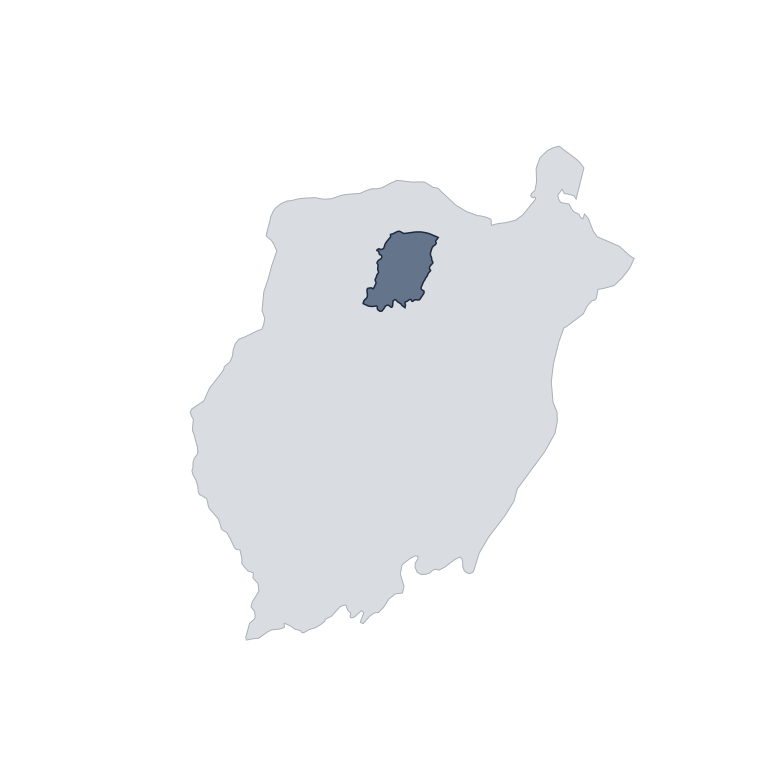 Bacau highlighted on a map of Romania, rotated 296°
{"feature_id": "ROU-312", "entity_name": "Bacau", "entity_type": "County", "adm_level": 1, "iso_a3": "ROU", "parent_name": "Romania", "parent_adm1": "", "projection": "robinson", "projection_center": [26.661, 46.412], "detail": "fine", "context": "in_parent", "style": "filled", "palette": "slate", "viewbox_px": 768, "rotation_deg": 296, "n_neighbors": 0, "source": "natural_earth", "source_scale": "10m", "svg_char_len": 5822}
<svg xmlns="http://www.w3.org/2000/svg" viewBox="0 0 768 768"><g transform="rotate(296 384 384)"><path d="M582.3,422.6L588.9,430.5L597.1,434.7L616.3,439.1L617.9,438.6L618.1,437.7L616.8,436.6L616.6,435.1L617.5,433.3L620.1,433.2L624.4,434.8L632.6,432.5L644.6,426.2L655.7,425.0L665.8,428.7L671.1,433.0L674.5,437.1L673.5,442.2L672.9,445.4L670.4,458.5L668.7,463.4L665.8,469.0L634.4,475.6L636.4,472.4L635.6,466.8L634.2,462.6L637.1,458.8L630.0,457.4L627.0,459.5L624.6,463.2L626.8,471.5L623.4,476.2L622.1,478.8L622.0,484.9L620.0,487.5L619.6,490.4L624.6,489.7L622.4,495.0L613.1,505.1L609.8,511.2L610.9,535.2L606.8,549.6L606.5,553.8L596.4,554.0L593.4,553.6L583.9,551.5L573.2,547.6L566.8,540.2L562.8,534.9L553.8,537.3L552.0,536.7L549.5,534.1L542.7,532.4L534.3,532.4L515.4,522.7L513.3,521.1L498.5,522.7L476.2,527.5L459.3,533.4L441.7,543.9L434.5,551.9L426.3,556.2L414.5,559.3L393.5,558.1L371.7,554.1L348.3,549.8L335.6,552.2L318.5,550.4L292.7,545.2L273.5,543.7L254.4,546.7L251.3,544.4L250.6,541.7L251.4,538.0L254.2,534.9L258.8,532.6L261.3,530.3L261.6,527.9L256.5,524.1L246.0,518.9L241.7,515.6L240.7,514.8L240.4,511.9L238.3,509.6L234.2,507.9L231.1,504.8L229.0,500.4L229.5,496.2L232.8,492.3L236.9,490.6L241.9,491.1L244.0,490.0L243.2,487.3L238.4,483.8L229.5,479.5L220.4,481.9L211.0,490.7L204.3,492.2L200.3,486.2L193.1,482.6L182.7,481.5L176.3,479.2L174.0,475.7L169.5,473.1L159.5,470.3L159.4,467.5L161.0,466.9L164.6,466.6L169.4,466.1L170.2,464.5L170.3,463.1L166.6,461.4L162.8,460.2L160.8,458.9L159.6,457.6L159.4,456.2L160.5,455.3L162.0,455.2L163.6,454.4L164.5,451.2L166.6,448.5L168.1,447.6L168.1,445.6L166.6,443.8L164.6,442.2L161.5,441.3L152.0,438.5L147.3,434.7L144.4,434.6L139.7,432.4L134.8,429.1L130.5,424.4L125.9,421.3L124.7,420.0L124.7,418.9L125.6,417.5L125.6,416.1L124.5,411.4L125.5,406.5L125.4,401.9L125.4,399.9L124.5,399.2L123.7,399.9L122.5,400.8L121.3,401.0L118.0,397.6L113.8,390.8L110.9,388.5L105.2,385.3L100.4,382.7L97.0,377.0L93.5,372.6L96.0,370.7L110.0,368.1L116.4,370.7L119.3,369.8L122.2,367.7L123.8,366.0L124.2,364.3L125.6,362.1L130.4,361.1L142.7,362.4L147.8,359.4L149.7,357.7L151.0,354.0L152.4,351.1L156.9,349.5L156.8,346.8L156.3,343.8L159.0,337.3L160.7,334.6L163.2,333.6L166.3,331.6L171.7,327.3L170.5,323.5L171.7,320.8L177.3,314.0L181.7,307.5L181.7,304.3L182.4,301.4L186.1,298.3L190.1,294.3L195.5,281.6L197.4,279.5L200.8,277.1L203.3,274.7L203.8,266.4L206.2,264.0L210.7,261.3L215.3,256.9L219.0,251.8L221.8,249.4L225.5,248.8L229.6,246.8L234.1,246.0L238.4,247.0L241.2,246.5L245.4,244.0L256.2,234.6L257.7,232.7L259.9,231.4L268.6,228.2L270.8,225.0L273.8,222.1L277.6,222.3L289.9,229.5L303.3,229.0L305.7,229.3L306.5,229.4L308.1,230.0L325.8,233.6L328.6,233.2L329.3,232.9L336.5,235.9L342.8,235.5L348.8,233.4L355.0,232.7L360.8,234.0L365.1,238.1L376.3,246.9L379.7,250.2L384.9,249.7L390.6,248.1L396.5,242.2L414.4,235.5L428.0,233.8L441.3,231.2L456.7,229.3L461.2,223.8L463.6,220.1L465.4,213.2L473.7,211.2L481.5,209.8L484.3,208.9L490.1,208.7L494.5,209.3L501.4,212.7L506.2,216.9L508.1,220.3L512.3,225.1L516.6,231.8L521.4,240.7L522.5,245.3L524.3,250.2L527.9,256.1L534.7,262.7L535.7,264.0L538.8,268.6L544.8,278.9L549.8,283.0L554.2,287.5L556.3,292.0L559.5,296.1L566.9,301.5L572.8,306.4L577.7,320.6L581.1,327.1L583.3,332.1L582.3,342.2L583.7,346.5L581.0,354.4L576.2,370.3L575.1,382.9L576.0,389.7L576.2,394.1L577.4,396.9L578.7,402.7L579.0,407.7L577.2,409.1L574.7,410.3L573.8,411.3L576.1,413.6L579.2,417.8L582.3,422.6Z" fill="#d9dde1" stroke="#a8b0b8" stroke-width="1"/><path d="M476.1,379.2L475.1,378.8L474.6,378.1L474.3,377.4L473.7,375.8L473.4,375.1L472.8,374.6L472.2,374.2L471.0,373.7L470.6,373.0L470.8,372.4L471.7,371.6L471.8,371.1L471.5,370.5L470.9,369.8L468.6,368.6L468.1,368.2L467.3,367.3L466.8,367.1L466.3,367.2L464.3,368.7L461.8,369.4L462.3,366.5L462.5,365.7L463.3,364.4L463.5,363.6L463.8,360.5L464.0,359.8L464.8,357.9L464.7,357.2L464.3,356.5L463.3,356.0L462.5,355.9L461.6,356.0L459.1,357.1L457.6,357.6L456.7,357.5L456.2,357.1L456.2,356.0L456.7,354.2L456.7,353.3L456.3,352.5L455.4,351.6L454.6,351.1L451.3,350.8L448.8,350.2L448.0,349.4L447.6,348.4L447.9,346.2L448.5,345.2L449.3,344.6L450.2,344.3L450.7,343.8L450.7,342.9L449.9,341.5L449.0,340.4L448.3,339.1L447.2,335.7L447.1,330.0L449.3,329.5L450.1,329.5L451.5,329.8L453.3,330.6L454.1,330.8L455.3,330.6L456.9,330.0L460.6,327.7L461.3,327.4L462.0,327.3L462.9,327.5L463.3,328.0L464.0,329.1L464.4,329.7L464.8,330.2L464.9,330.8L464.9,331.3L464.7,331.8L464.7,332.2L464.8,332.5L465.5,332.7L470.3,332.7L471.4,332.5L472.0,332.1L472.6,331.5L473.1,330.8L473.6,330.4L474.3,330.2L476.6,330.2L478.8,329.8L481.3,330.2L482.0,330.1L482.6,329.7L483.8,328.4L484.6,327.9L488.4,326.5L488.9,326.0L489.4,324.9L490.1,324.5L491.3,324.5L492.9,324.9L494.8,326.1L495.5,326.5L496.5,326.5L497.5,326.1L498.2,325.6L498.5,325.0L498.6,324.4L498.4,323.8L498.5,323.1L498.8,322.7L500.4,321.5L500.8,321.0L500.9,320.3L500.9,319.8L500.8,319.2L501.1,318.9L501.8,319.0L503.0,319.8L503.4,320.4L503.5,321.0L503.3,321.4L503.4,322.0L503.8,322.7L504.6,323.5L505.8,324.3L510.1,323.7L511.6,323.7L516.5,324.7L517.2,325.0L518.9,325.4L521.3,324.3L522.2,325.3L522.6,325.8L523.4,326.6L526.2,328.6L527.3,329.7L528.1,331.0L528.1,332.9L527.9,334.6L528.2,336.3L534.6,345.9L536.9,350.6L538.3,355.3L539.0,358.8L539.5,368.5L537.6,368.3L535.5,367.7L534.9,367.8L534.4,368.2L534.1,368.7L533.7,369.1L533.0,369.3L531.8,369.1L529.2,367.8L528.0,367.6L526.4,367.6L521.9,368.4L520.4,369.2L519.7,369.8L518.7,371.1L518.0,371.6L516.4,372.6L515.8,373.2L515.1,374.3L514.5,374.7L513.8,374.8L510.6,373.8L509.7,373.7L508.8,373.8L507.8,374.2L507.2,374.7L506.9,375.3L506.8,375.8L506.5,376.1L506.0,376.2L503.6,375.4L502.7,375.2L501.6,375.3L500.4,375.5L499.4,375.4L497.9,375.0L495.2,375.0L493.4,374.7L487.5,375.0L486.5,375.2L485.7,375.8L485.4,376.5L485.2,377.2L485.1,378.6L485.0,379.3L483.2,380.1L476.1,379.2Z" fill="#64748b" stroke="#1e293b" stroke-width="1.5"/></g></svg>